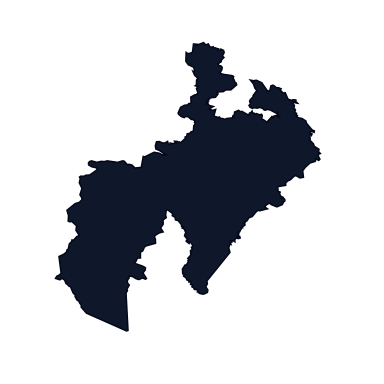 outline of Ixcamilpa de Guerrero, Puebla, Mexico, rotated 281°
{"feature_id": "50627088B64482262192688", "entity_name": "Ixcamilpa de Guerrero", "entity_type": "district", "adm_level": 2, "iso_a3": "MEX", "parent_name": "Mexico", "parent_adm1": "Puebla", "projection": "equal_earth", "projection_center": [-98.671, 18.028], "detail": "fine", "context": "isolated", "style": "filled", "palette": "ink", "viewbox_px": 384, "rotation_deg": 281, "n_neighbors": 0, "source": "geoboundaries", "source_scale": "gbopen_adm2", "svg_char_len": 6066}
<svg xmlns="http://www.w3.org/2000/svg" viewBox="0 0 384 384"><g transform="rotate(281 192 192)"><path d="M43.9,155.6L80.4,146.5L82.8,147.5L84.1,146.7L88.7,148.2L90.5,145.9L93.4,145.5L95.5,146.7L97.0,146.0L97.6,147.5L97.6,150.0L96.2,153.7L95.9,156.6L98.1,159.7L97.5,163.1L98.5,163.8L103.2,159.3L106.5,161.0L108.8,160.8L109.9,157.4L110.8,150.8L111.8,148.8L112.9,150.1L116.7,151.1L117.4,154.0L123.0,152.9L124.8,154.9L128.7,155.8L130.2,157.0L134.7,166.0L138.7,165.1L140.7,163.7L142.5,164.3L145.6,167.7L147.3,171.3L150.7,168.1L155.0,169.9L159.0,168.9L161.9,171.6L164.5,170.5L169.2,170.2L169.7,170.8L169.5,172.2L167.1,177.2L165.0,177.1L163.9,180.2L161.4,181.1L161.3,185.5L160.4,184.8L157.9,187.9L155.9,188.4L156.1,190.0L155.7,190.4L154.6,189.6L154.2,191.4L150.4,194.0L149.9,193.3L147.6,193.0L144.3,196.9L143.6,196.8L143.4,195.7L142.5,195.7L140.9,199.0L142.5,199.1L142.5,200.0L139.8,202.8L138.4,202.9L137.6,202.0L135.5,203.3L134.3,201.7L129.8,202.8L126.0,200.5L124.9,202.1L123.9,201.1L122.4,201.6L119.3,200.3L119.0,199.1L114.6,197.3L109.9,198.5L110.0,200.1L107.9,199.7L106.5,202.5L104.5,204.0L104.7,205.4L102.9,206.3L103.9,207.8L103.6,208.4L101.0,208.2L100.6,210.5L98.9,210.0L98.4,211.8L96.8,212.9L97.1,215.4L96.4,216.3L94.9,216.3L95.0,217.3L94.0,218.3L93.7,221.9L94.3,223.6L96.4,226.3L98.8,226.3L101.6,223.6L104.8,224.6L107.5,223.6L140.0,240.8L144.0,238.8L147.6,238.9L147.8,240.4L149.4,239.3L150.0,240.1L151.5,239.0L151.1,240.6L151.8,240.2L152.0,241.9L151.3,243.6L153.2,243.1L155.2,244.0L155.1,246.5L156.0,248.1L157.5,247.3L156.8,245.4L158.7,246.1L159.6,244.9L160.3,245.8L161.2,245.0L161.8,246.3L166.3,247.7L166.5,248.5L167.3,247.9L169.5,250.3L170.7,250.1L171.2,248.8L172.3,249.9L172.8,249.3L174.1,251.4L177.5,252.8L179.5,255.9L185.2,259.0L186.6,260.5L186.5,262.1L189.9,269.3L191.3,266.0L194.2,268.1L195.8,270.5L194.7,272.4L193.6,278.2L196.9,283.1L199.7,283.8L200.9,284.9L202.4,284.5L203.9,282.5L203.3,281.0L204.3,281.8L204.8,280.0L206.9,278.3L208.7,278.6L209.1,276.4L213.6,275.1L216.4,282.7L218.8,282.2L221.1,283.9L222.8,286.3L227.6,289.7L227.7,291.6L226.4,295.3L227.7,298.6L234.0,296.6L238.0,298.6L243.0,302.3L245.5,307.1L248.1,307.5L247.2,310.4L248.7,311.3L251.3,309.1L253.2,309.0L254.3,310.7L255.7,308.5L258.2,308.5L260.2,303.3L262.5,302.0L265.1,298.2L271.5,296.6L271.7,297.6L270.5,298.5L271.9,298.8L272.7,296.9L273.9,296.8L275.0,297.8L274.2,298.4L273.8,300.5L275.3,300.5L275.9,298.1L279.0,294.1L281.6,291.1L283.4,290.3L285.2,285.9L285.1,282.8L286.1,280.0L287.2,280.8L287.6,279.6L289.2,279.6L289.6,277.4L291.9,278.0L293.6,276.7L293.8,275.7L296.0,276.2L297.9,274.9L298.0,273.5L299.8,274.1L299.4,275.2L300.0,276.0L299.2,276.9L299.3,278.7L301.0,276.1L301.7,275.9L302.2,277.1L301.9,273.8L300.4,270.5L301.2,270.6L301.6,268.4L307.2,264.6L306.6,262.5L309.0,259.1L310.3,259.8L310.9,257.1L310.5,255.0L312.2,251.8L312.2,250.7L311.2,249.2L307.0,249.1L305.5,247.9L306.1,246.3L312.6,239.6L314.0,233.8L313.0,231.3L313.0,227.9L309.9,231.6L305.7,234.1L304.1,236.3L298.4,233.6L297.0,233.7L293.6,231.5L291.9,231.2L290.0,232.6L287.9,231.4L286.2,232.8L285.6,235.5L286.5,236.7L286.8,240.4L287.7,241.5L287.9,243.2L287.4,245.7L286.2,247.3L286.4,248.7L287.3,249.8L287.5,252.7L285.2,260.4L286.9,261.0L285.1,261.8L284.8,260.8L284.1,260.9L283.2,262.8L281.8,263.6L283.1,259.8L281.9,257.6L280.3,257.5L281.4,256.1L274.9,252.2L276.7,248.1L276.7,246.5L280.4,246.4L281.6,245.5L280.7,243.4L281.3,240.3L280.3,238.4L281.2,237.9L280.8,237.4L281.5,236.3L282.9,235.5L281.6,235.0L280.4,233.3L278.2,233.0L280.7,225.6L280.1,223.9L281.1,222.2L278.6,218.5L276.3,218.9L274.8,217.8L273.4,218.7L273.7,217.6L272.6,217.8L270.8,212.1L269.6,210.3L270.0,208.2L269.7,205.8L270.9,204.7L270.2,203.4L270.7,199.0L277.6,199.5L275.9,196.1L276.6,195.0L276.1,193.4L276.6,192.5L280.0,196.7L280.3,192.2L281.5,191.1L280.7,188.4L282.9,190.6L283.9,189.7L284.5,191.0L286.0,190.1L286.7,191.6L287.8,191.5L289.4,196.9L293.2,198.9L295.0,197.7L296.5,203.6L298.6,205.6L299.7,210.7L305.7,215.4L307.2,214.7L308.1,213.1L310.2,211.9L310.6,210.9L313.4,210.8L313.9,209.1L313.5,200.7L313.9,196.7L317.7,198.0L320.1,197.9L321.3,196.3L321.3,194.3L322.8,193.1L325.5,195.8L327.3,195.8L330.2,197.7L331.3,195.9L335.0,197.0L337.0,196.0L337.8,193.1L336.5,193.0L336.2,191.2L336.7,190.4L338.0,191.4L337.4,190.5L338.0,187.1L337.3,186.3L338.7,185.0L337.8,183.4L337.9,182.0L340.5,179.7L339.0,177.4L340.9,174.9L336.9,168.4L338.0,168.8L337.6,165.2L329.7,165.8L328.5,164.9L327.0,161.6L327.9,159.6L319.2,161.0L316.2,164.1L314.8,169.9L311.5,171.3L310.3,170.7L310.6,169.9L307.1,172.3L304.7,176.1L302.8,175.1L298.0,175.9L296.9,174.9L296.6,177.8L294.4,176.6L289.8,179.3L289.2,178.1L288.5,178.3L288.0,176.3L285.0,172.7L279.6,174.0L278.6,173.6L278.2,172.0L276.6,170.9L275.7,168.0L272.9,164.6L266.9,163.3L265.9,163.8L264.0,167.1L263.5,170.2L264.8,171.2L265.2,173.7L263.1,177.4L263.3,179.0L262.3,181.5L260.9,181.1L260.1,182.2L257.3,181.1L252.0,181.7L250.8,179.5L249.0,178.5L248.3,176.2L245.0,176.1L244.8,174.8L243.2,175.1L238.4,171.6L238.8,169.8L238.3,168.8L238.9,167.8L238.5,165.2L236.9,166.8L235.8,163.3L235.9,161.3L235.2,161.7L234.6,160.5L234.7,159.5L237.0,158.4L234.8,155.8L234.6,153.4L235.3,150.2L234.5,147.5L230.3,147.2L227.3,148.3L226.5,152.1L223.4,159.3L222.9,155.6L223.8,152.6L223.8,147.2L217.4,138.8L217.6,137.3L206.5,137.5L204.7,131.4L207.0,128.0L207.2,125.2L206.6,123.2L209.4,119.5L209.3,117.8L206.9,113.4L206.4,102.8L205.1,100.1L204.8,97.1L203.0,93.0L203.4,87.5L202.4,85.6L200.7,84.8L198.8,85.4L197.6,88.9L197.5,93.4L196.0,94.9L189.2,88.3L188.2,84.6L186.8,82.8L186.3,79.7L185.2,78.7L183.9,79.7L179.6,79.6L174.5,83.3L167.9,82.5L165.3,84.9L163.5,85.5L160.2,83.2L158.4,79.6L150.2,72.7L145.3,75.3L139.8,76.0L139.4,77.4L140.1,79.7L136.8,85.1L132.2,85.4L127.8,89.7L126.3,87.4L122.3,85.0L121.9,83.2L120.6,83.5L117.8,81.5L112.5,81.4L111.1,80.3L109.3,80.3L106.7,78.3L103.3,73.7L87.4,79.0L85.3,77.7L83.5,75.3L81.1,74.5L80.6,79.1L82.4,80.9L81.3,83.7L77.9,85.9L77.9,86.9L76.2,88.8L75.7,90.9L70.4,94.4L68.5,97.1L67.0,97.2L63.9,99.8L63.2,102.0L61.8,102.6L59.8,104.9L57.8,105.2L52.9,111.5L43.1,154.3L43.9,155.6Z" fill="#0f172a" stroke="#020617" stroke-width="1.5"/></g></svg>